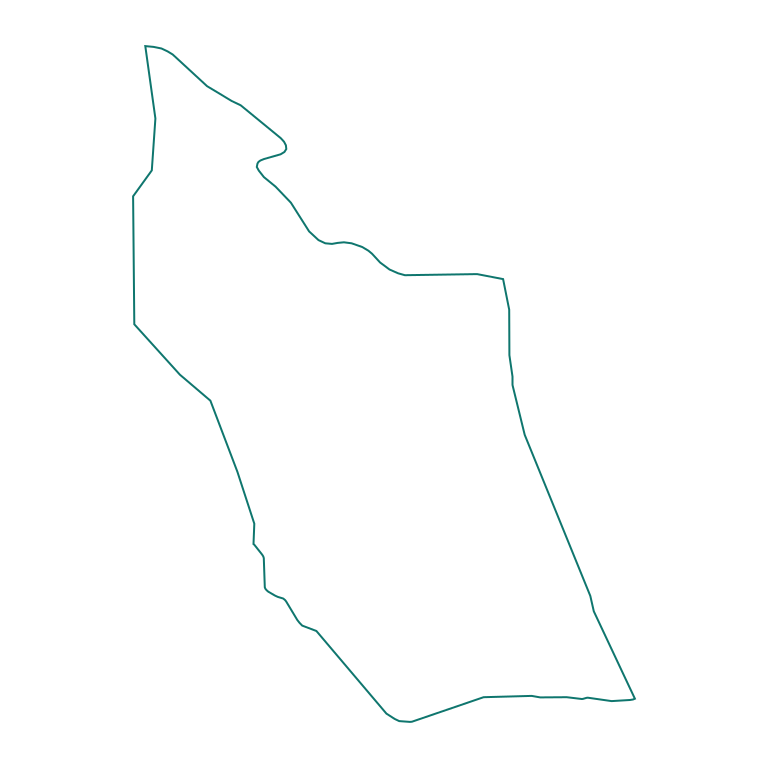 SVG path tracing the border of Eastern Darfur
{"feature_id": "SDN-5857", "entity_name": "Eastern Darfur", "entity_type": "State", "adm_level": 1, "iso_a3": "SDN", "parent_name": "Sudan", "parent_adm1": "", "projection": "albers", "projection_center": [26.343, 11.27], "detail": "fine", "context": "isolated", "style": "outline", "palette": "teal", "viewbox_px": 768, "rotation_deg": 0, "n_neighbors": 0, "source": "natural_earth", "source_scale": "10m", "svg_char_len": 1285}
<svg xmlns="http://www.w3.org/2000/svg" viewBox="0 0 768 768"><path d="M410.0,721.9L399.2,721.1L394.6,718.9L386.4,713.6L351.4,672.3L316.4,631.0L302.2,625.6L299.5,622.8L297.3,620.0L286.3,601.7L285.2,600.2L284.5,599.6L283.3,598.6L282.8,598.4L277.8,596.9L275.0,595.6L268.3,591.7L266.9,590.5L265.7,589.2L265.2,588.3L264.8,587.3L263.8,558.2L263.5,557.1L263.2,556.3L262.2,554.7L254.2,544.6L253.5,544.1L254.3,523.7L237.4,471.8L210.4,400.7L179.9,374.7L134.3,324.3L133.1,196.3L151.8,170.4L155.4,118.5L145.3,46.1L153.6,46.9L161.5,48.5L167.6,51.4L172.7,54.5L207.1,86.2L231.7,101.0L240.7,105.3L280.8,138.2L284.0,141.7L285.9,145.3L286.3,149.0L284.4,152.0L280.6,154.3L264.1,159.0L260.4,160.5L258.5,161.9L257.5,163.5L256.8,167.0L258.8,170.6L263.9,177.1L275.6,186.7L290.9,202.7L309.1,231.4L318.5,240.1L325.3,243.3L332.0,243.9L337.7,242.9L343.9,242.3L351.6,243.3L362.2,247.0L368.4,250.7L372.0,253.7L380.1,262.5L389.5,269.5L398.1,273.3L404.9,275.2L477.1,274.1L503.1,279.1L509.2,309.7L509.4,355.2L512.5,376.6L512.5,384.7L512.6,385.4L524.7,434.8L590.3,595.9L593.8,611.3L621.8,670.9L634.9,698.7L633.0,699.5L629.9,700.0L611.6,701.1L587.8,697.7L586.7,697.8L582.9,698.9L581.8,699.0L566.7,697.2L540.2,697.4L531.7,695.9L483.6,697.2L412.0,721.7L410.0,721.9Z" fill="none" stroke="#0f766e" stroke-width="2"/></svg>